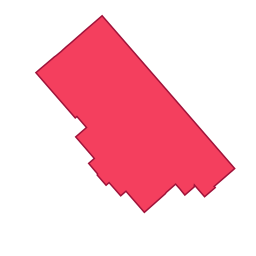 outline of Iron, Utah, United States of America, rotated 49°
{"feature_id": "52423323B18827245636092", "entity_name": "Iron", "entity_type": "district", "adm_level": 2, "iso_a3": "USA", "parent_name": "United States of America", "parent_adm1": "Utah", "projection": "natural_earth1", "projection_center": [-113.349, 37.812], "detail": "fine", "context": "isolated", "style": "filled", "palette": "rose", "viewbox_px": 256, "rotation_deg": 49, "n_neighbors": 0, "source": "geoboundaries", "source_scale": "gbopen_adm2", "svg_char_len": 618}
<svg xmlns="http://www.w3.org/2000/svg" viewBox="0 0 256 256"><g transform="rotate(49 128 128)"><path d="M26.3,73.9L26.2,97.7L26.3,116.8L26.2,121.4L26.3,126.0L26.4,128.3L26.2,135.4L26.0,136.9L26.0,138.4L26.0,138.5L25.8,156.1L25.8,161.2L85.8,161.2L85.8,159.0L100.4,159.0L100.4,173.3L102.9,173.3L128.9,173.4L128.9,180.9L142.8,181.1L143.3,182.1L156.8,182.1L156.8,178.1L174.4,178.0L174.4,171.0L202.4,171.0L202.1,143.1L201.7,141.3L201.6,128.9L207.5,128.8L215.9,129.1L215.9,116.7L214.6,115.3L230.1,115.3L230.2,101.3L228.6,101.3L228.6,74.1L128.5,73.9L26.3,73.9Z" fill="#f43f5e" stroke="#9f1239" stroke-width="1.5"/></g></svg>